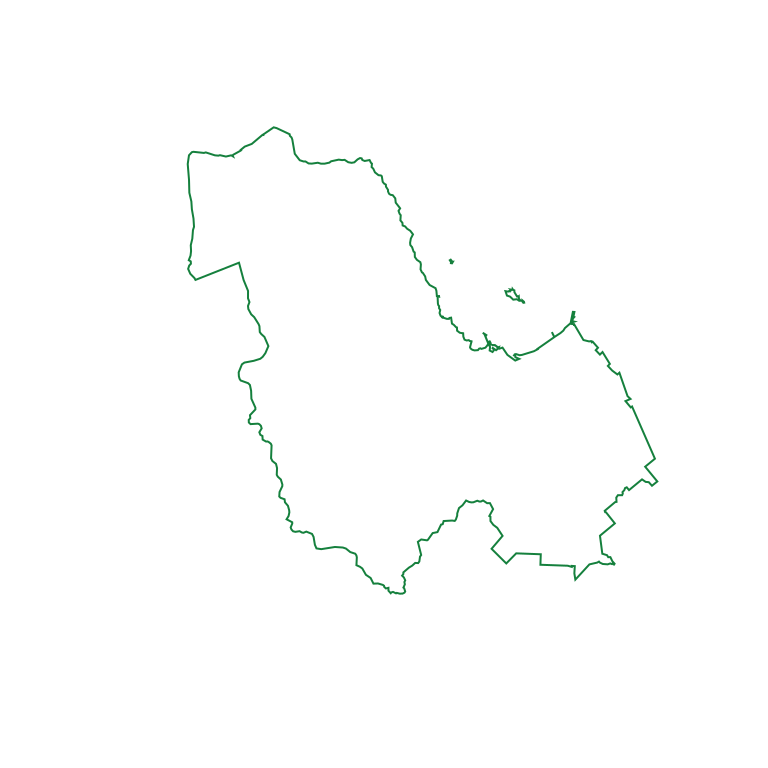 the district of Lower Hutt City, Wellington, New Zealand, rotated 126°
{"feature_id": "76426892B69033052068966", "entity_name": "Lower Hutt City", "entity_type": "district", "adm_level": 2, "iso_a3": "NZL", "parent_name": "New Zealand", "parent_adm1": "Wellington", "projection": "albers", "projection_center": [174.937, -41.285], "detail": "fine", "context": "isolated", "style": "outline", "palette": "green", "viewbox_px": 768, "rotation_deg": 126, "n_neighbors": 0, "source": "geoboundaries", "source_scale": "gbopen_adm2", "svg_char_len": 6149}
<svg xmlns="http://www.w3.org/2000/svg" viewBox="0 0 768 768"><g transform="rotate(126 384 384)"><path d="M548.9,271.6L547.2,266.8L547.2,265.4L548.0,264.6L548.3,262.3L546.3,260.6L548.6,258.9L549.3,255.6L548.4,255.6L546.9,254.5L546.3,251.2L545.5,250.9L544.4,248.1L542.7,245.8L540.8,244.8L539.4,244.9L537.4,247.6L537.3,248.6L533.8,249.4L532.2,251.1L530.4,251.4L528.8,254.2L528.4,256.7L526.5,256.6L525.0,257.6L517.9,255.9L514.3,254.4L510.4,253.6L508.8,251.1L506.8,251.1L502.5,253.4L500.5,253.4L491.8,263.8L487.9,262.5L485.2,257.3L484.3,256.9L476.0,257.0L472.4,253.7L464.2,255.2L462.9,254.1L459.8,255.2L454.4,248.6L453.2,246.3L451.4,246.2L447.5,247.4L445.6,248.7L440.3,250.4L436.0,249.2L430.0,249.1L429.4,245.8L428.4,243.7L427.2,242.2L423.6,239.9L423.1,237.9L422.1,236.5L420.0,235.4L419.8,230.5L418.1,228.3L421.1,222.2L428.9,221.2L428.8,219.9L432.3,217.3L433.7,212.8L433.8,207.8L437.2,198.8L454.1,200.1L457.3,179.6L443.3,177.5L429.6,157.1L438.3,151.2L423.0,128.5L421.6,124.6L420.8,125.2L419.2,122.6L425.3,118.7L429.8,114.2L409.2,111.8L403.1,106.5L401.3,105.7L401.6,104.3L401.0,101.2L398.4,97.0L396.2,95.5L395.7,93.7L394.7,93.6L394.9,91.8L393.9,91.8L393.1,95.2L391.0,99.1L392.3,100.8L391.4,103.0L393.0,107.6L379.8,120.1L361.1,115.3L357.3,129.0L357.7,129.7L356.9,130.9L343.7,127.6L342.7,126.6L339.4,129.3L336.5,129.4L334.0,126.0L332.3,126.4L331.3,127.5L328.6,127.2L326.5,127.8L324.9,126.9L325.8,123.4L309.5,119.2L309.4,114.8L307.8,112.1L308.8,107.4L302.2,105.6L297.4,124.1L285.2,120.9L256.4,170.1L257.9,170.6L255.9,178.6L251.2,175.8L250.7,179.8L236.5,200.2L239.1,200.8L239.0,207.3L237.8,213.5L235.0,213.1L229.7,226.0L233.3,226.6L232.2,232.6L228.9,232.2L227.1,240.1L228.1,240.4L227.6,241.7L229.0,243.1L231.2,248.5L224.3,264.4L224.6,264.9L223.9,265.4L225.0,267.3L223.1,267.7L221.7,266.7L222.5,268.6L218.8,270.1L218.8,269.5L217.9,269.4L218.0,270.4L213.8,272.3L214.6,273.6L225.1,268.8L232.4,270.5L235.4,270.3L239.1,271.2L245.9,273.8L243.3,278.7L246.0,273.8L265.4,280.5L265.5,280.1L269.4,282.0L279.4,289.5L281.0,291.2L282.2,294.8L283.2,295.7L284.4,295.6L284.0,294.4L285.1,293.4L284.2,289.4L287.9,291.6L287.9,301.3L284.9,309.5L287.7,311.5L287.7,312.6L286.6,312.8L287.3,313.3L287.3,317.1L289.2,319.9L287.4,316.7L287.4,313.2L288.1,313.4L288.6,312.6L290.8,313.2L290.9,317.2L291.3,317.1L291.4,314.9L294.3,315.0L294.8,318.2L291.8,319.9L290.7,321.3L289.3,321.1L288.4,320.0L289.3,321.2L291.0,321.6L290.8,322.1L290.4,322.7L287.8,322.8L288.2,321.6L287.0,324.4L287.9,322.9L290.4,322.8L289.8,322.9L289.9,323.4L284.8,331.7L284.2,329.0L284.5,334.2L284.6,332.1L290.0,323.4L292.1,323.1L295.0,323.3L298.3,325.8L298.5,327.0L299.5,327.8L301.4,327.9L303.6,330.5L304.4,332.7L304.4,334.8L303.7,336.0L298.2,338.2L297.6,337.5L298.8,339.9L298.7,341.2L300.2,342.7L300.8,344.9L299.1,347.6L295.8,350.3L296.7,350.1L298.0,352.9L297.9,356.2L295.4,358.2L295.7,359.0L295.1,362.3L295.2,364.5L290.9,368.7L292.1,369.9L293.1,369.7L294.3,371.3L295.8,375.9L293.9,376.1L295.8,375.9L295.5,378.4L293.9,380.8L291.1,382.0L290.3,384.0L288.6,385.2L288.2,386.6L287.1,387.8L281.4,392.3L280.9,390.8L280.5,391.2L281.8,392.9L277.8,396.4L276.2,398.6L277.1,405.3L275.2,411.3L272.8,413.9L271.3,417.8L271.4,418.9L269.8,421.8L265.5,424.5L264.1,426.2L264.2,430.4L263.1,433.7L259.5,436.5L259.5,437.9L256.8,441.7L256.1,444.4L254.4,445.9L250.5,447.8L245.9,448.5L244.6,452.8L244.8,456.6L244.1,459.5L244.8,462.1L242.8,463.8L242.0,466.9L237.6,469.7L237.1,471.5L235.4,474.0L232.4,474.2L230.4,481.1L227.2,484.0L226.1,487.9L227.1,490.0L227.1,491.8L225.8,494.0L224.6,494.8L223.2,498.4L221.6,499.7L221.8,501.8L221.2,503.9L217.2,507.9L217.1,509.1L218.3,511.2L218.1,515.7L216.1,519.3L215.8,521.5L212.8,523.3L212.7,524.6L211.3,527.3L214.9,530.7L215.5,533.2L214.6,534.7L215.3,536.2L217.8,537.4L222.1,538.3L224.1,540.2L225.6,543.3L225.8,547.6L227.5,549.5L229.1,552.5L234.9,557.7L237.0,558.3L240.7,561.6L242.8,564.5L243.9,567.6L248.2,572.0L249.9,574.7L250.1,578.3L251.3,580.0L252.5,583.7L250.2,591.5L240.1,601.9L238.9,603.7L238.5,606.1L237.4,607.1L240.1,621.3L241.2,624.1L252.7,628.2L253.4,627.9L253.8,628.7L267.5,632.1L273.8,636.2L278.7,637.5L278.8,637.0L279.4,637.1L287.3,640.8L288.2,640.7L288.6,640.0L288.8,642.0L292.9,645.6L295.3,651.2L296.6,652.2L298.4,655.2L301.4,664.3L302.9,665.5L308.2,674.7L309.4,675.7L313.6,676.2L321.4,672.1L333.5,661.7L343.7,653.9L349.6,647.1L355.5,642.2L362.1,635.4L368.5,630.1L371.8,629.0L379.1,624.5L385.3,621.9L389.9,618.2L393.8,616.0L398.6,614.7L398.4,612.4L400.2,610.9L402.7,611.2L406.0,610.1L408.7,605.5L409.7,599.6L410.6,597.7L371.1,572.6L382.4,558.7L388.6,548.7L394.6,544.4L396.8,541.0L400.8,539.9L403.1,537.8L405.7,532.4L406.2,528.3L409.3,520.6L410.4,518.8L415.0,515.0L415.7,512.8L416.2,508.4L421.3,499.8L428.8,498.1L433.3,498.1L436.3,498.9L441.8,503.0L448.7,509.5L451.6,510.5L460.0,508.4L463.0,506.0L464.7,503.9L465.4,502.0L463.2,494.4L463.6,491.9L467.6,487.5L473.9,482.6L478.7,474.2L480.2,473.1L488.0,474.1L490.2,472.1L492.6,472.3L494.6,470.7L494.9,468.4L490.2,462.7L489.8,461.2L490.2,459.0L491.8,456.9L496.3,456.5L497.8,454.2L497.5,451.8L500.3,449.5L499.9,445.6L498.9,444.4L498.7,443.0L498.8,440.5L499.7,438.9L510.5,431.7L511.9,429.0L512.1,424.4L514.9,421.1L520.5,417.4L521.4,415.5L521.9,411.3L525.1,407.1L526.5,406.2L532.8,405.0L536.6,402.6L536.9,400.8L535.7,396.7L537.9,394.6L539.0,390.1L541.9,386.5L543.5,385.1L546.9,383.6L550.7,383.3L549.8,377.0L550.8,376.2L554.9,375.2L556.1,373.4L556.6,371.0L555.7,368.8L552.7,365.8L552.4,363.1L551.7,361.7L549.1,360.1L547.6,354.1L549.1,351.1L554.7,345.4L556.7,342.0L554.5,337.7L544.7,327.9L540.5,321.2L539.5,318.1L539.8,312.5L538.2,307.5L538.9,305.6L540.2,304.1L546.8,299.8L546.0,296.0L546.0,293.1L549.0,286.5L548.8,280.8L551.7,275.2L548.9,271.6ZM236.3,322.4L235.7,324.9L234.2,326.2L234.7,326.2L234.3,327.3L235.0,327.8L233.1,332.4L231.6,333.6L231.9,334.9L231.6,335.8L232.3,335.4L233.1,337.0L233.2,336.3L234.9,336.5L234.7,337.2L236.3,337.9L237.5,340.3L240.2,336.5L239.2,333.4L239.8,329.0L237.3,326.3L237.2,323.5L236.3,322.4ZM246.4,399.9L244.5,400.1L244.9,400.6L244.2,403.1L245.2,403.5L246.0,401.4L246.9,400.9L246.4,399.9ZM236.4,319.0L235.8,318.4L235.2,319.1L235.0,321.3L235.9,320.7L236.4,319.0Z" fill="none" stroke="#15803d" stroke-width="2"/></g></svg>